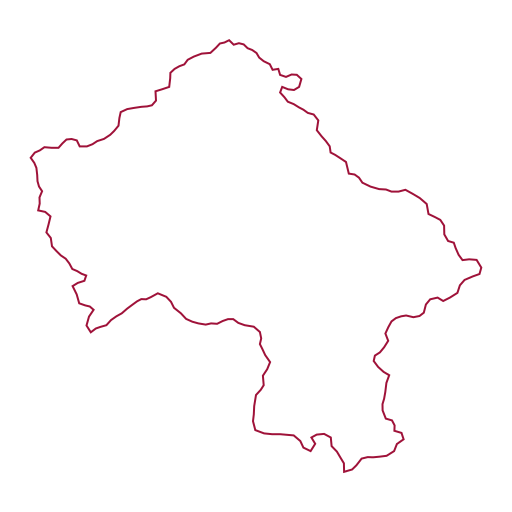 outline of Guaraciaba, Minas Gerais, Brazil
{"feature_id": "56859067B49687475462588", "entity_name": "Guaraciaba", "entity_type": "district", "adm_level": 2, "iso_a3": "BRA", "parent_name": "Brazil", "parent_adm1": "Minas Gerais", "projection": "robinson", "projection_center": [-43.021, -20.563], "detail": "fine", "context": "isolated", "style": "outline", "palette": "rose", "viewbox_px": 512, "rotation_deg": 0, "n_neighbors": 0, "source": "geoboundaries", "source_scale": "gbopen_adm2", "svg_char_len": 3027}
<svg xmlns="http://www.w3.org/2000/svg" viewBox="0 0 512 512"><path d="M201.7,53.6L193.8,56.6L187.7,59.8L184.3,64.4L179.4,66.2L174.6,68.9L170.4,72.8L170.2,78.3L169.2,86.9L162.0,89.3L155.5,91.3L156.0,100.6L151.9,105.3L147.1,106.4L141.5,106.8L134.1,107.9L127.2,109.1L120.7,112.1L119.4,118.0L118.5,125.7L114.1,131.0L110.2,134.8L104.0,138.9L97.2,141.1L92.5,144.2L86.9,146.4L79.7,146.4L76.8,140.4L71.6,139.0L66.5,139.5L62.4,143.4L58.5,147.8L51.6,147.8L44.4,147.2L39.8,150.4L34.8,152.6L30.7,157.8L34.3,162.9L36.4,167.9L37.2,175.0L37.5,181.2L39.0,186.5L42.1,191.2L39.5,197.4L39.7,203.6L38.2,210.4L45.2,211.9L50.5,216.4L48.5,224.6L46.4,232.4L50.8,238.0L52.0,246.3L56.2,250.8L60.8,255.4L65.7,258.7L69.3,263.4L72.3,269.0L77.2,271.1L81.6,273.8L86.2,275.5L84.4,280.8L77.8,282.9L72.6,286.1L76.7,294.4L79.2,303.3L85.2,305.4L89.8,306.5L93.6,309.8L89.0,316.6L86.5,325.5L90.8,332.3L95.8,328.5L100.4,326.9L106.4,325.2L111.0,320.1L116.4,316.3L121.8,313.3L127.2,308.6L132.3,304.8L137.1,301.3L141.3,299.1L146.1,299.3L150.7,297.2L157.8,293.3L166.3,296.8L171.0,301.8L174.0,307.8L180.9,313.3L186.1,318.9L192.3,321.7L198.4,323.4L205.7,324.6L211.1,323.4L217.1,323.8L222.7,321.0L228.1,319.1L233.2,319.1L238.3,322.9L244.7,325.2L253.8,326.7L259.9,332.0L261.2,338.4L259.9,344.1L262.4,349.1L265.2,355.1L270.1,362.1L267.2,369.2L262.9,375.7L263.7,385.2L260.7,389.9L256.0,395.0L254.2,406.1L253.8,414.4L253.0,421.2L255.3,430.1L264.1,433.4L272.1,434.2L280.1,434.2L286.8,434.8L293.7,435.4L300.3,441.0L303.4,447.6L310.6,451.1L315.2,443.8L311.4,437.5L316.7,434.6L324.1,433.9L330.8,437.5L331.6,446.1L336.9,451.6L340.8,458.2L343.9,463.3L344.1,471.8L352.1,469.5L356.4,465.3L361.6,458.6L367.7,457.1L373.0,457.3L379.4,456.7L386.6,455.8L394.1,451.1L396.9,444.0L403.6,439.3L401.5,432.9L394.4,430.8L394.6,425.4L392.0,420.4L385.8,418.6L382.6,410.4L382.5,404.1L384.1,398.8L385.3,392.0L386.4,382.9L389.2,375.2L383.6,371.9L378.1,366.9L373.7,361.0L374.9,355.6L379.9,352.4L384.1,347.3L388.2,340.8L385.4,333.5L388.4,327.0L391.5,321.4L395.9,318.1L401.2,316.3L406.1,315.5L413.4,317.2L419.5,316.0L423.8,312.7L425.9,304.5L430.2,299.3L437.6,297.6L443.2,301.0L449.9,297.6L457.4,292.9L459.9,285.3L464.6,279.9L472.8,276.4L479.5,274.0L481.3,267.6L476.6,259.9L469.2,259.3L462.5,260.1L458.6,254.8L455.6,248.0L453.8,242.7L448.1,241.0L444.3,234.4L444.1,225.6L440.3,219.9L434.4,216.8L428.5,214.0L426.7,204.0L419.7,198.0L412.3,193.6L405.4,189.8L398.5,191.6L391.5,191.6L386.0,189.5L379.1,189.1L370.5,186.6L362.4,182.7L359.0,177.7L354.6,174.5L348.8,173.6L346.0,162.0L340.3,158.2L335.2,154.9L330.6,152.5L329.7,146.3L325.8,141.0L321.6,136.3L316.8,130.2L318.3,120.4L313.7,114.5L307.8,112.9L303.4,109.7L299.0,107.4L293.7,104.1L287.8,101.7L284.4,97.2L280.1,92.5L282.2,86.9L288.1,89.3L294.0,90.0L299.1,86.9L301.4,79.0L296.8,74.8L291.6,74.5L286.0,76.9L280.1,74.9L278.3,68.9L272.6,69.8L269.8,64.2L263.7,61.2L259.2,57.6L256.5,53.0L252.2,50.0L247.6,48.2L243.7,44.4L238.9,43.2L233.7,44.7L229.1,40.2L224.5,42.5L219.9,43.5L216.0,47.7L210.4,52.9L201.7,53.6Z" fill="none" stroke="#9f1239" stroke-width="2"/></svg>